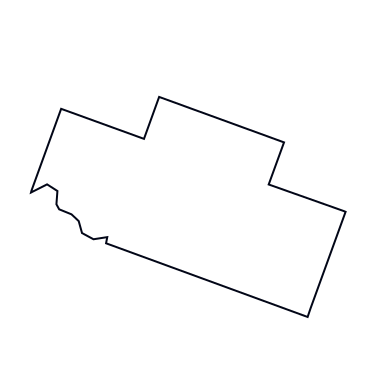 outline of Payne, Oklahoma, United States of America, rotated 20°
{"feature_id": "52423323B99692802996111", "entity_name": "Payne", "entity_type": "district", "adm_level": 2, "iso_a3": "USA", "parent_name": "United States of America", "parent_adm1": "Oklahoma", "projection": "natural_earth1", "projection_center": [-97.08, 36.094], "detail": "fine", "context": "isolated", "style": "outline", "palette": "ink", "viewbox_px": 384, "rotation_deg": 20, "n_neighbors": 0, "source": "geoboundaries", "source_scale": "gbopen_adm2", "svg_char_len": 432}
<svg xmlns="http://www.w3.org/2000/svg" viewBox="0 0 384 384"><g transform="rotate(20 192 192)"><path d="M128.8,269.6L343.4,269.9L343.2,260.8L343.1,158.1L341.0,158.0L261.5,158.7L261.5,113.9L217.7,113.9L128.6,113.9L128.7,158.5L40.6,158.6L40.7,245.4L40.9,247.5L53.2,234.4L65.2,237.1L68.8,249.9L73.1,253.7L86.4,254.2L95.5,258.1L102.7,268.2L115.6,270.1L127.8,263.4L128.8,269.6Z" fill="none" stroke="#020617" stroke-width="2"/></g></svg>